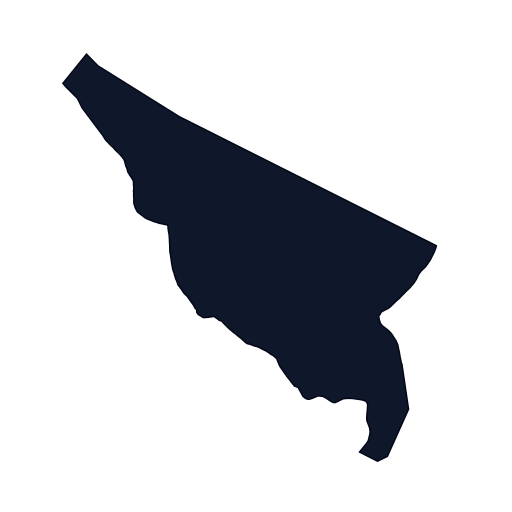 Bagatelle, Castries, Saint Lucia (Mercator projection), rotated 176°
{"feature_id": "8701671B55457269732014", "entity_name": "Bagatelle", "entity_type": "district", "adm_level": 2, "iso_a3": "LCA", "parent_name": "Saint Lucia", "parent_adm1": "Castries", "projection": "mercator", "projection_center": [-60.981, 13.998], "detail": "fine", "context": "isolated", "style": "filled", "palette": "ink", "viewbox_px": 512, "rotation_deg": 176, "n_neighbors": 0, "source": "geoboundaries", "source_scale": "gbopen_adm2", "svg_char_len": 3733}
<svg xmlns="http://www.w3.org/2000/svg" viewBox="0 0 512 512"><g transform="rotate(176 256 256)"><path d="M400.4,387.0L400.1,386.4L399.9,385.9L399.1,384.5L398.6,383.4L397.5,381.6L396.6,380.6L395.9,379.9L394.3,377.8L392.3,375.6L391.6,374.9L390.6,373.9L389.6,372.5L389.3,372.0L388.2,370.8L387.9,370.4L385.8,368.1L384.2,366.2L382.4,363.7L381.0,361.5L380.3,359.1L380.1,357.6L379.9,356.7L379.6,355.1L379.4,354.3L378.7,352.6L378.0,348.8L377.6,348.0L377.0,346.9L376.1,345.0L374.9,343.1L373.1,339.5L373.1,337.5L373.2,335.5L373.2,334.4L373.1,333.8L373.1,332.7L373.5,330.2L373.7,329.3L373.6,327.4L373.9,324.9L373.8,322.4L374.1,318.7L374.1,317.6L374.1,316.4L373.7,315.2L373.5,314.5L373.3,313.4L372.9,312.0L371.3,308.4L370.3,307.4L368.4,305.7L366.7,304.3L364.2,302.0L362.2,300.7L360.3,299.8L355.1,297.3L353.1,296.6L350.5,295.5L350.0,295.3L347.9,294.8L346.7,294.4L344.8,293.8L343.0,293.4L341.9,292.8L341.7,291.7L341.8,289.8L341.7,288.6L341.5,285.6L341.2,283.6L341.2,282.8L341.2,281.3L341.2,280.0L341.2,278.9L341.3,275.5L341.3,273.5L341.4,271.2L341.5,269.7L341.5,268.6L341.6,265.7L341.3,264.0L341.2,263.0L341.1,260.4L340.9,258.9L340.9,258.3L340.7,255.2L340.6,254.3L340.5,252.9L340.3,251.7L340.2,250.2L340.0,248.9L339.9,248.1L339.2,245.6L338.8,244.3L338.6,242.7L338.3,241.6L338.0,240.1L337.5,238.4L337.2,237.6L336.4,235.0L336.2,234.2L335.8,232.5L335.4,232.1L333.1,228.5L330.2,223.5L328.2,221.4L327.6,220.8L327.3,220.3L324.2,215.2L322.0,211.7L321.7,211.2L321.5,210.7L320.3,208.0L319.6,207.2L318.9,206.4L319.0,205.1L319.1,204.2L318.9,203.7L317.7,201.7L312.8,198.2L307.5,198.2L302.1,198.7L299.4,196.4L299.0,196.1L297.0,194.3L296.1,194.0L294.9,193.6L294.5,193.1L293.2,191.4L290.3,188.1L289.3,186.9L287.9,185.3L287.1,184.6L286.1,183.6L284.6,182.2L284.1,181.6L283.6,181.2L282.1,180.0L281.1,179.0L280.3,178.2L278.4,176.4L277.9,176.0L276.7,175.0L274.6,172.7L272.8,170.8L271.1,169.3L269.2,168.7L266.2,167.5L263.7,166.3L262.7,166.0L261.3,165.6L259.0,164.4L256.3,162.7L254.9,161.9L254.4,161.6L253.7,161.2L252.2,160.4L251.7,159.9L250.2,158.8L247.9,156.8L246.9,156.2L246.0,155.7L244.3,154.0L242.4,152.0L241.7,149.5L240.9,147.2L240.6,146.3L240.4,145.7L240.2,145.0L239.0,142.7L237.2,139.8L236.3,138.2L235.7,137.1L234.9,136.0L233.8,134.1L232.6,132.3L231.6,130.8L230.6,129.4L229.3,127.3L228.5,126.2L228.1,125.6L227.6,124.9L226.7,123.6L223.8,122.2L222.9,121.7L222.0,119.4L218.9,112.7L217.2,111.1L216.0,110.2L215.1,109.8L214.0,109.5L213.3,109.4L212.3,109.5L209.2,110.3L207.2,111.0L203.9,112.1L199.3,111.4L196.0,109.4L192.5,106.6L189.7,104.7L188.9,104.5L187.6,104.2L186.5,104.6L184.9,105.0L183.5,105.7L182.9,106.0L180.8,106.8L179.0,107.5L178.2,107.5L177.3,107.6L174.7,107.6L172.0,107.4L170.0,107.2L163.4,105.8L162.4,105.6L160.8,105.2L158.6,104.5L156.7,103.5L155.7,102.3L155.4,101.7L155.1,100.4L155.1,98.8L155.4,96.5L155.7,94.4L156.3,91.0L156.9,86.3L156.8,83.7L156.4,82.3L155.5,79.5L155.0,77.8L154.6,76.2L154.5,74.4L154.4,73.0L154.6,71.6L154.9,70.2L156.8,64.2L157.3,63.4L158.1,62.3L159.7,60.4L160.2,59.7L161.4,58.6L162.4,57.5L164.2,55.6L166.4,53.2L149.1,42.8L138.9,47.0L114.5,92.5L118.0,138.2L118.5,139.0L118.7,141.3L119.3,145.3L119.8,150.7L120.1,152.2L120.8,157.7L122.4,162.0L123.5,163.9L125.6,167.9L127.1,170.1L129.3,172.6L132.8,175.8L134.9,177.6L136.6,180.2L137.5,183.8L137.8,187.7L136.2,189.2L135.4,190.9L134.1,191.8L131.0,193.2L127.7,194.5L125.0,196.4L122.3,198.7L119.4,201.2L115.8,203.9L113.4,206.2L110.9,208.3L107.7,211.2L105.6,212.8L103.0,215.3L100.2,218.2L97.6,221.7L95.4,225.7L94.3,227.3L91.8,230.0L87.9,233.2L86.4,234.9L84.3,237.5L82.2,240.2L80.0,244.0L78.0,247.3L75.8,252.1L75.4,253.7L322.9,400.4L400.4,456.7L411.0,469.2L436.6,441.7L434.1,438.3L423.1,425.6L419.0,415.7L406.5,396.3L400.4,387.0Z" fill="#0f172a" stroke="#020617" stroke-width="1.5"/></g></svg>